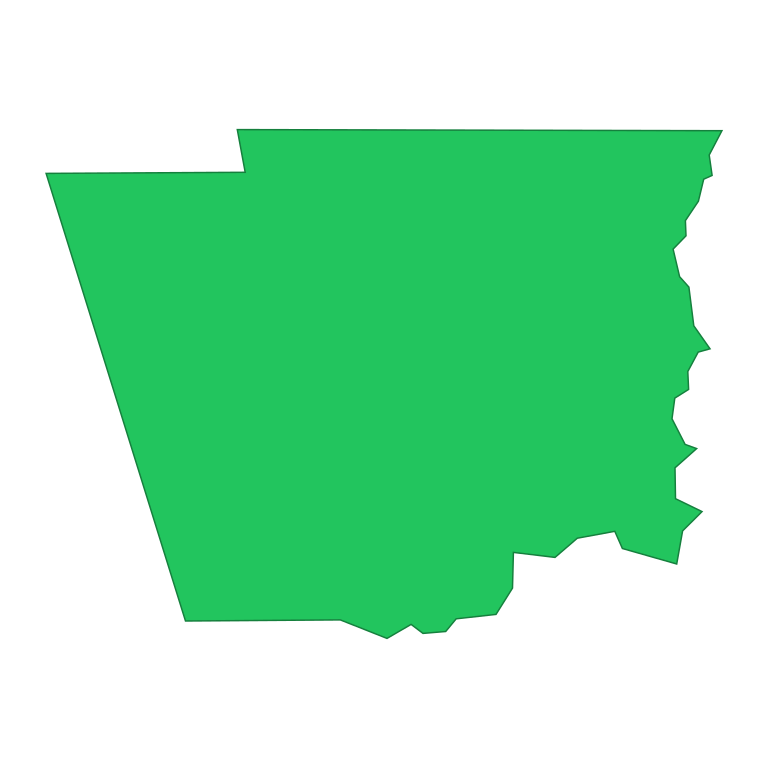 outline of Hardin, Texas, United States of America
{"feature_id": "52423323B96895412793722", "entity_name": "Hardin", "entity_type": "district", "adm_level": 2, "iso_a3": "USA", "parent_name": "United States of America", "parent_adm1": "Texas", "projection": "mercator", "projection_center": [-94.219, 30.312], "detail": "fine", "context": "isolated", "style": "filled", "palette": "green", "viewbox_px": 768, "rotation_deg": 0, "n_neighbors": 0, "source": "geoboundaries", "source_scale": "gbopen_adm2", "svg_char_len": 635}
<svg xmlns="http://www.w3.org/2000/svg" viewBox="0 0 768 768"><path d="M340.3,619.9L387.0,638.4L411.1,624.4L423.0,633.4L445.7,631.5L456.2,618.8L496.0,614.4L512.5,588.1L513.4,552.4L555.0,557.4L577.3,538.2L614.8,531.3L622.4,548.5L676.7,564.0L682.6,530.9L702.0,511.6L675.5,498.7L675.0,467.8L696.6,448.6L685.1,444.4L672.0,418.8L674.8,398.1L688.6,389.4L687.8,371.5L698.2,352.1L710.0,348.8L693.8,325.8L688.9,287.1L679.6,276.7L673.1,249.1L686.0,235.8L685.4,220.6L698.4,201.2L703.7,179.2L712.1,175.4L709.2,155.0L721.9,130.7L237.3,129.6L245.2,172.3L46.1,173.4L185.5,621.0L340.3,619.9Z" fill="#22c55e" stroke="#15803d" stroke-width="1.5"/></svg>